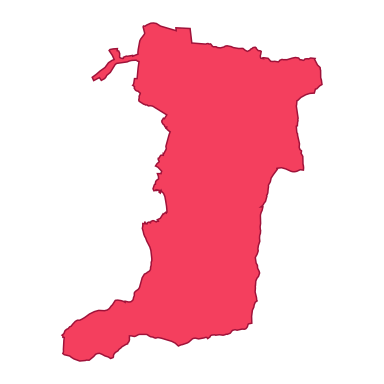 Cozmeni, Harghita, Romania (Mercator projection)
{"feature_id": "2599482B88715743642246", "entity_name": "Cozmeni", "entity_type": "district", "adm_level": 2, "iso_a3": "ROU", "parent_name": "Romania", "parent_adm1": "Harghita", "projection": "mercator", "projection_center": [25.941, 46.184], "detail": "fine", "context": "isolated", "style": "filled", "palette": "rose", "viewbox_px": 384, "rotation_deg": 0, "n_neighbors": 0, "source": "geoboundaries", "source_scale": "gbopen_adm2", "svg_char_len": 5939}
<svg xmlns="http://www.w3.org/2000/svg" viewBox="0 0 384 384"><path d="M251.8,323.2L251.6,316.3L252.4,310.2L253.8,307.2L254.2,304.8L255.3,302.2L257.1,300.9L256.7,300.0L256.5,297.7L255.1,291.9L255.4,288.3L255.3,285.8L255.5,285.5L255.8,281.0L257.0,278.2L258.5,276.4L259.6,273.0L259.1,271.2L257.6,268.2L257.4,265.3L256.1,263.0L255.3,257.5L257.2,254.0L258.2,250.9L257.9,248.7L258.4,245.5L259.8,241.3L259.5,238.0L259.7,235.3L260.4,233.4L260.6,230.2L260.3,229.5L260.1,226.7L260.6,223.5L260.4,215.8L260.5,214.6L261.2,212.3L262.1,210.4L262.9,206.9L260.9,206.9L262.0,206.1L263.3,204.7L263.9,203.4L265.5,201.4L266.9,196.3L266.6,195.3L267.2,194.6L267.8,192.9L268.2,188.5L268.5,187.0L268.4,185.2L270.3,181.8L271.1,178.1L273.3,174.7L277.1,169.6L277.3,169.3L276.8,168.7L276.9,168.3L281.5,167.7L285.8,168.9L291.1,171.3L292.8,171.7L294.9,171.7L296.8,171.3L300.2,169.7L303.4,170.1L303.6,167.9L303.4,165.7L303.0,164.1L302.8,156.4L301.0,153.1L301.4,152.1L301.5,150.8L299.8,149.5L299.8,148.9L299.3,147.9L299.2,147.2L299.5,143.9L299.3,143.0L297.6,135.4L297.5,133.6L296.8,132.6L296.3,126.2L297.4,125.8L297.4,124.9L297.6,122.1L298.0,120.8L297.8,119.2L298.1,118.3L296.3,105.9L296.6,104.9L296.9,100.8L297.8,100.4L300.9,97.4L305.8,94.7L309.8,93.4L314.3,93.1L315.4,89.1L316.8,88.8L319.6,85.9L322.0,84.5L321.4,80.0L320.7,77.8L320.6,70.3L320.3,69.4L320.1,67.5L317.5,65.0L314.6,59.4L315.1,58.5L310.6,58.0L308.6,58.9L307.1,58.7L304.9,59.0L304.1,60.0L303.2,60.4L301.9,59.9L299.9,59.7L298.6,58.0L295.4,57.5L292.3,58.1L287.0,59.7L283.1,59.7L282.0,59.4L279.8,60.3L279.4,61.0L278.3,61.9L274.7,61.3L272.9,61.5L270.7,61.3L268.1,58.3L263.5,57.7L262.5,57.9L262.4,58.2L262.7,58.5L260.8,58.2L260.4,57.2L260.3,55.6L260.7,54.4L261.2,51.4L260.2,50.8L258.2,50.6L256.3,48.6L256.2,47.9L255.2,47.2L253.0,47.6L252.2,48.4L250.6,49.2L249.9,50.2L247.3,51.4L245.1,50.2L242.9,48.4L238.7,48.5L233.4,47.6L231.2,46.6L227.1,45.8L225.3,46.1L223.9,47.0L220.3,47.9L217.1,47.5L216.6,46.9L215.2,46.7L213.3,46.8L212.0,45.9L212.0,45.6L210.6,43.9L209.1,44.1L208.0,43.5L206.7,43.7L205.8,44.1L191.8,43.0L190.1,28.5L175.9,27.8L176.2,30.7L160.5,26.1L156.4,23.5L153.5,23.0L150.8,23.2L146.7,25.0L145.0,26.2L143.5,26.0L143.1,26.9L144.7,33.2L144.3,34.3L140.8,38.9L139.8,40.9L138.2,49.6L137.9,52.3L138.0,54.1L132.7,56.2L132.6,55.4L127.3,56.3L126.3,56.1L123.4,57.3L123.3,58.4L122.5,58.5L120.8,58.1L119.7,57.5L119.6,57.0L119.7,53.6L118.7,51.0L117.2,50.7L117.4,48.6L113.2,48.9L110.0,49.5L109.1,50.5L112.3,55.3L114.2,59.5L112.0,60.4L108.5,62.7L105.0,67.5L100.1,71.0L96.2,74.4L92.2,77.3L93.7,80.6L99.4,77.6L101.3,80.4L104.6,78.6L105.8,77.2L106.7,75.4L110.3,72.4L115.2,64.5L116.7,63.4L127.2,61.9L129.6,60.9L131.9,60.4L136.3,60.2L137.5,61.1L139.0,61.6L138.1,68.0L137.1,78.6L134.5,78.6L133.8,83.2L133.3,84.8L132.7,85.3L134.5,86.6L134.2,88.2L135.5,90.2L136.6,90.9L138.3,91.3L139.6,92.8L140.3,93.1L140.3,93.6L139.1,96.2L139.2,97.8L138.8,99.5L138.9,100.9L139.5,101.5L143.7,104.2L144.9,104.5L145.5,105.0L147.0,104.9L148.3,105.9L150.7,105.7L152.6,106.1L166.8,114.9L164.4,118.7L163.4,118.2L161.7,121.0L161.9,121.3L161.9,122.2L163.0,124.1L164.2,125.1L164.9,126.7L165.4,127.1L166.7,127.1L166.5,127.6L165.8,127.9L165.8,128.2L166.7,128.7L167.3,129.6L169.6,131.5L170.2,131.8L169.1,134.6L165.9,146.3L166.3,148.9L163.8,153.6L163.2,153.4L163.3,155.3L162.0,155.1L160.6,155.4L159.1,158.0L158.2,158.3L158.2,159.6L159.0,161.0L159.2,161.7L157.0,163.7L155.5,166.0L157.8,167.1L161.7,171.2L161.1,172.8L161.1,173.6L157.4,173.6L158.4,176.3L158.6,178.9L156.8,180.1L155.8,181.3L155.5,182.3L155.4,184.2L154.7,184.3L154.3,184.9L153.0,188.8L153.9,190.8L154.9,190.5L156.4,190.5L156.2,189.8L156.7,189.8L157.5,189.9L157.4,190.2L159.7,190.4L159.0,192.0L160.3,193.1L161.2,190.5L161.7,191.6L163.5,193.3L164.9,196.6L165.7,201.0L166.5,206.0L166.9,210.3L166.9,212.3L166.3,213.1L165.7,212.3L162.9,214.6L162.8,214.3L160.3,218.3L157.4,219.7L158.1,220.3L158.4,221.3L156.5,221.4L156.2,221.9L153.9,220.8L153.0,220.6L151.1,221.3L150.4,222.4L150.7,223.4L150.0,222.4L149.5,222.4L149.1,222.0L147.3,222.7L147.2,223.8L146.8,223.9L145.6,223.5L144.9,222.1L144.7,222.3L144.8,223.7L142.8,223.5L142.8,225.9L142.3,228.4L143.1,231.0L143.8,234.1L144.8,236.7L145.5,237.6L146.7,240.9L149.9,247.1L150.9,250.5L151.8,258.6L151.8,260.7L151.2,262.2L151.2,265.1L150.6,267.1L150.5,269.3L149.9,270.5L149.4,271.1L147.1,272.5L146.6,273.1L144.4,274.1L142.2,277.7L139.5,287.5L138.3,289.3L135.9,291.0L134.6,292.3L134.3,293.1L134.3,295.7L133.5,297.6L133.2,299.4L132.6,300.4L131.0,301.7L130.0,301.9L128.6,302.0L125.1,301.2L125.1,302.3L123.3,301.3L121.0,300.6L117.7,300.1L115.6,300.3L115.2,300.5L112.4,304.9L111.3,305.9L109.3,308.6L107.3,310.0L104.5,310.7L98.7,310.4L94.4,311.6L89.5,314.0L84.7,317.5L82.0,319.1L79.8,320.2L77.4,320.2L75.3,321.4L72.4,324.5L71.3,326.1L69.7,326.8L68.1,328.7L66.6,329.3L65.2,330.5L64.9,330.9L63.9,333.6L62.0,335.2L62.9,336.0L62.9,337.4L64.3,337.5L63.9,340.1L63.4,349.4L63.5,351.3L63.3,352.4L62.8,353.5L64.3,354.7L69.7,356.0L71.2,357.2L73.9,358.9L79.7,361.0L85.3,360.5L86.4,360.1L89.2,360.2L93.7,356.5L95.6,354.3L97.2,353.6L99.4,353.3L101.8,354.2L104.9,355.9L108.4,357.0L110.6,358.5L113.0,357.6L113.4,357.0L113.5,355.4L113.8,354.4L115.3,352.5L118.0,350.8L118.9,349.4L120.9,347.9L121.9,346.8L126.1,344.3L127.6,343.9L128.0,342.6L128.8,341.8L129.3,340.5L129.5,339.2L129.3,337.8L129.5,337.1L129.4,335.9L130.9,335.8L134.3,336.5L135.7,336.1L138.5,334.6L139.5,334.4L146.2,334.4L147.6,334.7L148.0,335.3L150.5,336.7L153.0,337.1L154.3,337.8L155.7,338.1L157.4,337.6L158.4,337.6L161.4,338.2L171.7,341.3L175.2,343.1L178.4,346.0L180.8,344.9L182.4,344.6L187.4,342.9L188.9,342.0L192.6,338.7L193.9,338.3L195.3,338.1L198.6,338.9L204.1,337.9L205.4,337.4L206.8,337.4L207.7,338.6L210.0,336.9L210.5,335.7L211.7,335.1L214.5,334.8L215.6,335.2L219.4,334.7L223.1,335.2L224.8,334.8L226.1,334.2L227.3,334.3L230.2,333.2L232.4,330.4L235.0,329.7L237.1,330.2L242.0,329.1L244.7,329.2L246.0,328.6L247.4,326.8L248.0,324.6L248.4,323.9L251.8,323.2Z" fill="#f43f5e" stroke="#9f1239" stroke-width="1.5"/></svg>